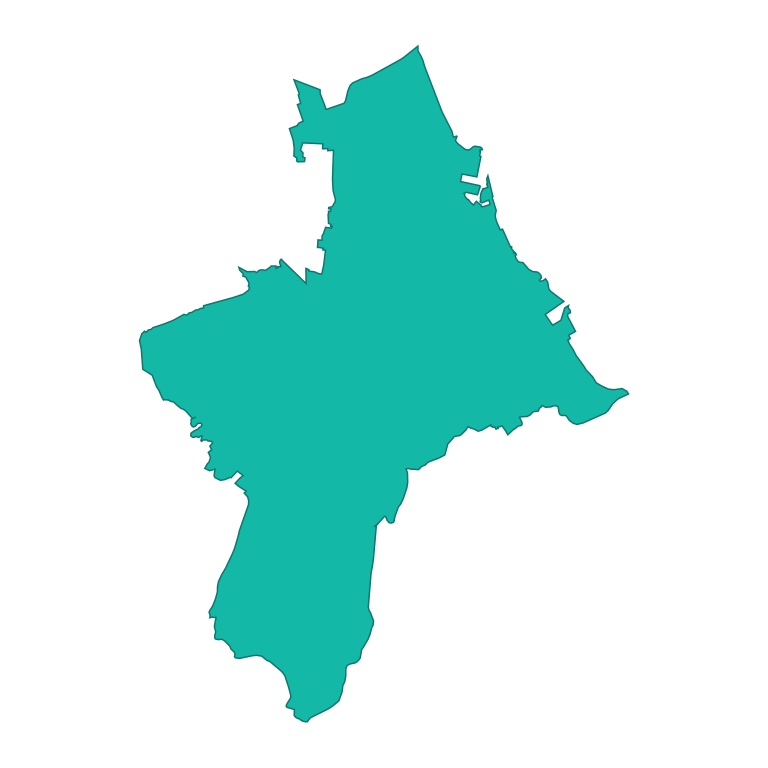 Kota Cirebon, Jawa Barat, Indonesia
{"feature_id": "22746128B80288264799633", "entity_name": "Kota Cirebon", "entity_type": "district", "adm_level": 2, "iso_a3": "IDN", "parent_name": "Indonesia", "parent_adm1": "Jawa Barat", "projection": "orthographic", "projection_center": [108.552, -6.744], "detail": "fine", "context": "isolated", "style": "filled", "palette": "teal", "viewbox_px": 768, "rotation_deg": 0, "n_neighbors": 0, "source": "geoboundaries", "source_scale": "gbopen_adm2", "svg_char_len": 6113}
<svg xmlns="http://www.w3.org/2000/svg" viewBox="0 0 768 768"><path d="M618.6,398.6L628.5,394.0L626.8,391.2L622.1,388.6L614.0,389.7L608.4,389.1L601.5,385.9L596.2,382.8L592.6,376.8L586.1,369.9L583.7,365.9L576.1,355.5L573.0,349.4L569.5,344.0L567.8,340.1L568.8,339.8L570.3,338.3L568.6,335.3L575.5,331.4L567.5,316.0L568.1,313.5L570.4,312.8L570.2,310.5L568.1,307.7L568.6,305.5L564.7,308.0L560.9,320.3L552.6,325.2L545.2,314.5L563.9,301.4L550.5,291.2L548.8,288.7L547.7,282.1L545.5,278.8L543.4,280.5L541.1,281.2L539.6,280.8L539.4,280.2L541.5,277.7L541.1,275.8L539.6,273.6L537.5,272.1L532.5,271.5L528.7,269.3L523.0,262.6L520.1,262.3L518.3,261.6L516.1,258.6L515.1,255.6L516.4,254.8L515.5,252.9L513.9,253.3L513.6,252.7L514.2,252.0L511.7,249.0L511.6,246.8L510.5,247.0L502.5,229.1L500.2,229.9L496.4,221.1L495.1,215.9L496.2,210.4L492.5,198.5L492.2,197.0L492.9,196.5L487.9,175.8L486.9,178.4L486.8,180.4L487.5,182.8L486.9,183.3L487.3,184.1L486.8,184.6L487.9,187.1L484.2,188.8L483.1,188.5L480.9,193.4L480.3,198.6L480.9,200.4L480.0,201.2L480.5,202.1L481.8,202.9L489.0,200.0L490.0,204.5L482.2,207.0L481.2,206.1L481.4,205.4L476.3,201.3L473.5,205.0L470.7,202.5L468.4,199.5L467.7,199.6L464.8,196.3L464.7,194.2L464.0,193.4L466.2,192.3L477.5,194.8L480.2,186.7L479.9,185.7L460.5,181.5L462.0,174.0L476.9,176.9L480.9,156.5L479.6,155.9L480.5,151.4L479.8,151.2L480.2,149.7L482.4,149.7L481.8,148.2L480.4,147.1L474.9,146.2L473.0,146.9L470.6,149.0L468.7,150.0L465.1,149.4L457.5,143.4L455.4,140.6L457.0,136.3L456.5,136.1L453.8,137.2L453.1,136.1L451.9,131.2L442.2,112.2L424.6,66.4L422.9,60.4L421.1,56.3L418.0,51.0L417.9,46.1L404.0,57.2L400.6,59.5L371.9,75.3L367.1,77.3L361.3,79.0L352.7,82.9L350.3,85.2L348.8,88.5L347.8,91.2L345.5,100.9L344.0,103.3L327.4,109.0L325.8,109.3L325.2,106.6L320.2,93.6L320.1,89.8L294.0,79.8L299.4,94.0L298.3,94.9L300.6,103.5L297.4,104.6L303.2,121.2L299.2,122.8L297.2,125.3L297.3,125.6L289.4,128.6L293.2,140.2L294.2,148.4L293.9,156.0L297.0,158.2L296.6,160.7L297.4,161.8L304.5,161.6L305.0,157.8L302.8,157.0L303.0,152.9L300.5,150.1L302.8,142.9L322.8,143.8L322.6,148.8L327.8,148.6L327.8,150.7L333.5,150.3L332.5,179.1L333.1,190.6L335.4,199.4L335.1,201.7L332.3,206.6L328.7,207.5L328.6,208.8L330.9,208.8L330.4,211.4L328.5,211.3L328.6,213.4L328.1,214.2L328.5,223.3L331.0,224.5L330.6,226.3L332.1,226.4L331.5,228.2L325.6,227.3L323.4,233.8L322.1,235.7L322.0,240.2L318.0,239.9L317.5,247.5L319.6,247.5L323.3,248.3L322.9,249.9L325.5,250.2L323.7,265.0L321.8,274.1L318.7,273.6L314.3,271.8L309.1,271.1L308.7,270.7L308.9,269.6L305.9,268.4L306.1,283.5L281.9,260.1L281.7,259.3L280.5,259.6L279.5,262.3L281.0,266.5L277.7,266.7L277.7,267.7L276.0,268.3L276.0,266.0L271.1,266.0L270.0,267.3L265.4,270.4L262.3,269.8L259.3,270.2L256.6,272.6L254.8,271.5L247.1,271.7L238.9,267.4L239.8,270.3L243.2,273.7L242.9,276.1L245.8,277.1L249.1,283.2L248.3,286.1L249.4,287.3L248.8,290.0L243.0,294.3L232.6,297.7L203.6,305.7L203.5,308.1L201.0,308.3L197.4,309.9L195.7,310.0L191.6,312.5L188.9,313.0L187.1,315.1L183.9,314.4L172.9,320.5L162.9,324.4L153.0,327.6L151.2,329.3L148.1,330.1L146.3,332.2L144.5,331.2L141.8,333.9L139.5,340.6L141.3,349.0L142.8,369.3L152.2,375.2L156.6,386.8L158.9,390.3L161.9,397.3L163.4,399.9L163.6,399.7L168.5,400.0L170.2,401.2L173.7,402.0L177.2,405.4L181.3,408.6L183.0,409.0L185.8,411.0L192.5,418.5L195.9,417.0L191.1,419.3L191.3,420.8L190.8,424.0L192.1,426.3L193.4,427.0L195.4,426.3L197.7,423.6L199.1,423.2L201.1,423.3L202.0,425.0L201.2,426.2L198.6,428.1L198.3,429.0L194.2,430.8L191.0,433.2L190.8,435.9L192.5,437.2L194.2,437.3L196.6,436.3L197.7,437.2L198.8,437.4L200.8,436.1L202.0,436.0L200.9,440.7L201.6,441.3L203.2,440.0L206.3,439.9L207.4,440.3L207.7,440.8L211.6,441.5L212.6,442.9L209.8,446.1L211.6,449.7L208.3,452.4L210.4,457.0L210.2,458.7L208.8,462.5L207.4,463.7L204.8,468.4L209.5,470.7L215.0,469.2L214.1,475.4L214.5,477.0L215.7,478.0L220.4,480.3L224.5,479.7L230.2,477.4L231.1,477.7L237.3,471.1L243.1,475.5L240.0,478.0L235.1,483.3L238.3,486.1L246.1,491.1L245.5,492.0L244.2,493.0L247.7,496.9L248.6,500.5L248.6,504.3L239.5,530.4L238.1,536.4L234.5,548.6L232.4,553.8L225.4,568.5L221.5,575.0L218.5,581.5L217.5,586.7L217.4,591.9L215.4,599.2L212.6,606.1L209.6,610.9L209.1,612.2L210.2,616.0L209.8,617.7L211.9,617.2L216.0,617.5L214.4,626.5L215.7,631.9L214.7,635.8L214.9,638.4L215.9,639.2L218.4,639.6L221.9,639.3L224.4,640.7L229.8,646.1L230.9,649.0L233.8,651.6L235.1,653.8L234.5,656.6L235.3,657.8L239.5,658.4L252.5,655.7L256.6,655.3L261.6,656.1L266.9,660.4L269.9,661.5L281.7,671.5L284.8,675.5L288.6,687.2L290.6,694.8L290.8,696.9L290.3,698.5L287.1,703.5L286.1,706.0L286.9,707.3L294.4,709.5L294.2,715.5L295.8,717.4L298.2,718.7L299.5,718.8L301.3,720.5L304.0,721.5L307.1,721.9L310.4,717.8L328.4,708.8L333.0,705.8L338.9,700.8L342.2,691.5L342.8,685.7L344.6,682.0L345.2,679.4L345.8,675.6L345.8,669.3L346.5,666.8L347.2,665.5L348.8,664.5L350.3,663.9L354.8,663.0L356.6,662.1L358.7,660.1L360.2,658.0L361.7,649.4L363.3,647.3L368.0,639.3L370.1,634.1L371.8,627.4L373.0,625.4L373.6,621.1L370.3,612.2L369.0,610.5L368.3,607.0L371.1,572.7L372.4,566.3L373.5,558.0L376.4,524.9L374.1,526.8L376.4,524.8L377.2,524.6L384.5,516.3L385.7,516.7L387.1,520.4L389.0,522.6L391.3,523.1L393.5,522.3L394.5,520.0L394.3,519.2L395.2,515.8L398.3,507.2L400.7,504.0L403.1,499.0L406.8,488.0L407.7,482.4L407.5,473.1L406.1,468.8L408.2,468.5L410.8,469.1L418.6,469.6L421.7,466.4L425.6,464.8L426.8,463.2L428.7,461.9L439.2,457.9L444.8,455.0L447.8,444.0L452.4,439.0L453.7,437.1L454.7,436.4L459.6,435.6L461.5,434.4L466.1,429.8L467.9,426.7L470.8,428.1L474.2,429.1L478.1,431.2L481.7,430.2L491.6,424.5L490.6,425.8L492.8,427.2L495.0,427.2L496.0,429.2L498.2,428.2L497.7,427.0L500.2,426.6L501.9,425.7L501.7,425.4L505.9,431.3L507.8,434.8L513.7,429.3L514.5,429.1L518.1,426.1L521.2,425.5L522.0,424.6L522.0,422.4L519.5,417.3L520.0,416.9L527.1,416.5L530.2,414.9L533.1,411.8L538.4,411.0L539.5,408.1L541.0,407.2L541.9,405.5L545.7,407.3L551.4,406.8L554.3,405.6L557.2,406.2L558.2,406.9L558.9,412.2L559.9,414.5L561.8,415.5L564.5,415.4L566.4,415.9L569.4,420.5L573.3,423.3L577.1,424.4L583.2,422.9L605.2,413.1L608.0,410.7L612.9,403.6L617.1,399.7L618.6,398.6Z" fill="#14b8a6" stroke="#0f766e" stroke-width="1.5"/></svg>